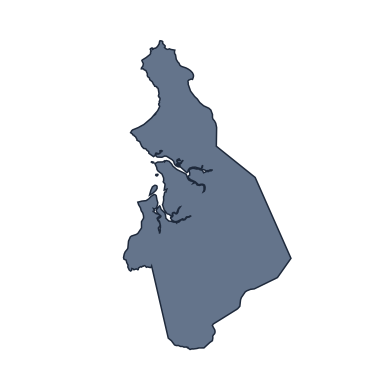 outline of Cogo, Litoral, Equatorial Guinea, rotated 77°
{"feature_id": "11065452B22787327477805", "entity_name": "Cogo", "entity_type": "district", "adm_level": 2, "iso_a3": "GNQ", "parent_name": "Equatorial Guinea", "parent_adm1": "Litoral", "projection": "orthographic", "projection_center": [9.73, 1.167], "detail": "fine", "context": "isolated", "style": "filled", "palette": "slate", "viewbox_px": 384, "rotation_deg": 77, "n_neighbors": 0, "source": "geoboundaries", "source_scale": "gbopen_adm2", "svg_char_len": 6088}
<svg xmlns="http://www.w3.org/2000/svg" viewBox="0 0 384 384"><g transform="rotate(77 192 192)"><path d="M278.9,110.5L192.0,127.2L152.9,158.0L134.7,153.5L130.4,153.4L127.8,154.1L125.7,155.2L124.0,155.3L121.1,154.6L116.4,155.2L114.2,156.7L110.6,161.3L106.6,164.3L102.6,165.9L99.5,168.0L93.4,170.7L86.1,171.5L84.9,171.1L83.4,171.1L82.8,170.8L82.2,169.9L81.8,167.4L82.4,166.2L80.6,165.0L79.3,164.4L77.9,164.3L75.8,164.8L73.4,166.2L71.4,168.0L69.7,170.0L67.2,174.1L65.7,175.3L63.5,175.7L62.1,176.6L59.2,177.5L54.7,177.2L53.1,177.8L51.3,177.5L49.9,176.8L48.3,180.6L47.4,181.8L47.6,183.3L47.3,184.4L46.0,185.7L45.1,186.1L45.1,185.8L43.6,185.3L40.7,187.1L38.9,186.7L38.1,187.4L37.4,189.1L37.8,189.6L40.3,190.7L42.5,192.9L43.7,195.2L43.5,196.9L44.1,197.7L44.2,198.3L42.7,198.4L42.6,198.7L43.0,200.1L43.4,200.6L45.6,200.2L46.2,200.9L47.5,201.1L48.6,202.0L50.8,206.7L52.2,210.9L52.7,211.3L56.1,210.5L58.3,211.6L59.8,213.4L60.6,213.7L61.1,211.6L62.2,211.1L63.3,209.6L66.6,208.9L68.7,209.4L69.8,209.1L71.2,207.9L73.1,207.9L75.7,205.9L78.7,205.2L79.6,204.6L80.5,204.6L81.4,202.8L82.5,202.6L83.4,201.7L88.7,202.0L90.9,203.2L91.7,202.7L92.5,202.8L93.3,202.1L94.0,202.2L95.1,202.6L96.4,203.6L97.4,203.5L98.7,204.7L99.7,204.8L100.4,204.3L101.5,204.3L105.0,207.1L106.8,209.4L107.8,209.8L108.3,210.7L107.6,210.6L110.8,214.9L115.4,223.7L117.2,230.2L118.1,235.8L118.6,236.8L120.4,238.5L122.0,237.0L122.9,236.9L123.7,235.8L124.3,235.7L125.5,234.6L128.3,233.8L129.2,234.0L131.2,231.6L136.1,230.7L138.2,229.6L138.9,229.0L139.3,227.6L139.9,227.1L141.2,226.6L142.9,225.1L144.6,225.3L148.9,221.5L148.1,219.8L146.1,218.7L146.0,218.1L147.2,215.8L147.0,214.9L146.4,214.2L144.7,214.1L144.6,212.8L144.9,212.2L145.3,211.8L145.8,212.4L144.8,213.0L144.9,213.7L146.7,213.9L147.3,215.2L147.5,216.6L146.6,218.6L148.7,219.0L149.5,218.6L150.2,217.8L151.4,213.5L150.8,210.5L151.5,208.7L156.1,204.1L157.9,203.0L160.7,202.8L162.6,201.9L164.3,199.9L164.7,198.7L162.5,198.6L161.2,197.9L162.9,199.7L162.9,200.3L162.3,200.9L161.2,200.7L160.9,199.3L158.4,199.9L157.3,199.2L157.0,198.2L158.1,197.5L158.3,196.8L157.0,197.4L156.2,197.3L158.5,196.5L158.4,197.8L157.4,198.7L157.7,199.3L158.8,199.6L161.0,198.9L161.4,200.6L162.4,200.5L162.5,200.2L160.8,198.3L161.2,196.8L159.5,194.5L159.1,193.3L160.3,195.1L161.5,196.0L161.9,197.3L162.8,197.8L164.8,197.8L172.0,192.7L171.5,191.7L169.4,190.4L168.2,188.7L168.0,185.9L168.5,183.2L171.4,178.0L171.0,177.4L168.9,176.2L168.3,175.5L170.2,176.3L171.8,177.8L172.6,177.0L172.8,175.5L174.8,173.1L174.6,172.4L174.9,170.9L174.5,169.2L174.9,168.8L174.9,166.9L175.7,168.6L175.3,170.3L175.8,171.3L175.3,173.3L175.9,176.3L173.3,177.1L171.9,179.5L171.0,180.4L170.7,182.3L169.4,184.9L169.1,186.2L169.2,188.2L169.8,189.7L171.3,190.1L172.9,189.9L175.1,190.5L175.8,192.5L177.9,192.0L179.7,190.5L182.8,186.5L186.5,183.9L186.4,181.6L186.8,179.8L188.0,178.3L190.2,178.1L192.4,178.8L194.0,179.8L194.4,181.0L192.7,179.8L189.4,179.1L188.4,179.2L187.2,180.6L187.3,183.2L186.4,185.4L184.2,186.2L183.6,186.9L183.9,189.0L183.0,187.9L182.4,187.9L180.9,190.9L179.6,192.4L177.8,193.1L173.6,193.7L172.2,194.9L166.7,201.7L162.4,204.9L160.2,205.5L157.0,207.4L155.6,209.8L155.6,210.5L156.4,211.8L155.5,211.8L156.1,213.7L155.1,218.7L155.7,220.9L156.4,221.7L160.0,220.9L162.3,221.0L163.9,220.4L167.8,217.2L171.9,216.5L174.4,217.0L175.6,217.8L178.0,216.6L179.0,216.7L183.9,218.7L183.6,215.9L185.3,217.1L186.0,217.2L186.0,218.6L187.3,219.3L189.2,220.0L190.1,220.8L193.5,221.4L196.8,222.9L197.6,223.6L203.0,223.1L207.7,221.1L208.7,219.2L210.6,217.9L210.9,217.3L210.6,216.6L208.2,215.9L207.8,215.1L207.9,213.8L209.3,212.6L209.2,211.8L205.5,209.3L204.0,207.6L203.9,206.8L205.9,209.0L208.3,210.1L209.6,211.3L209.8,212.4L208.2,214.0L208.2,215.2L208.9,215.9L210.6,215.8L211.3,216.3L211.9,217.1L212.0,218.5L212.8,218.7L215.0,217.8L216.7,215.9L217.2,214.7L217.3,212.8L216.0,207.2L216.9,206.1L217.1,205.3L215.0,203.0L215.4,200.4L215.0,199.7L215.0,198.1L215.8,200.4L215.6,202.7L217.4,205.1L217.4,206.9L216.8,207.8L216.8,209.0L218.4,211.7L218.0,213.3L218.9,213.9L217.7,214.7L217.3,216.6L215.9,218.8L215.0,221.2L211.8,223.3L208.1,223.0L206.2,223.2L202.0,226.0L198.6,226.4L198.2,226.8L201.3,230.7L201.9,231.0L203.9,230.7L208.5,227.7L209.4,228.3L210.0,229.4L209.9,230.8L210.2,231.4L211.5,231.2L213.2,230.3L217.5,230.3L219.7,230.8L220.7,231.4L222.3,231.5L223.8,232.1L225.2,233.1L223.5,232.6L221.9,233.0L219.5,232.9L218.0,231.1L216.8,230.4L214.1,230.6L212.0,231.7L209.7,231.9L208.8,230.4L208.4,228.8L208.0,228.4L207.0,229.0L205.7,230.3L205.0,231.9L202.5,233.8L202.0,234.9L202.1,233.6L201.5,232.8L199.4,233.3L200.1,232.1L199.5,230.3L197.1,228.7L194.7,227.7L191.8,227.9L187.4,227.7L186.3,228.6L185.9,229.4L187.0,232.8L189.0,235.7L190.1,238.7L189.6,242.8L189.7,247.1L192.3,246.9L195.8,245.8L198.8,245.7L201.4,244.7L204.1,244.6L206.5,245.0L209.6,247.9L215.7,249.3L220.1,254.0L220.8,255.7L221.3,260.9L222.0,262.3L225.5,264.9L232.2,267.1L233.2,267.9L235.2,270.5L237.2,272.0L240.6,273.5L242.2,273.4L243.6,271.5L246.0,271.5L248.8,270.8L250.7,271.4L253.9,270.7L255.2,269.6L254.8,268.5L253.0,267.8L253.7,266.7L254.7,266.1L254.4,263.6L255.6,262.2L255.4,261.8L254.0,261.2L253.2,258.6L253.8,258.0L253.2,256.8L253.4,256.2L253.0,255.1L253.7,254.1L255.1,253.4L255.0,252.1L256.3,249.6L256.0,248.6L255.1,248.0L329.1,248.0L332.3,245.5L336.9,243.5L337.4,243.0L338.1,241.8L338.5,239.7L339.9,238.0L340.4,235.9L341.3,234.8L341.9,231.9L342.5,231.7L342.6,230.9L343.5,230.9L343.7,230.4L345.0,229.3L344.8,227.1L345.2,226.5L345.6,222.4L345.5,220.3L346.6,215.4L342.6,208.4L341.5,205.6L338.9,204.5L337.3,204.3L336.1,203.3L335.1,201.8L333.6,201.0L331.7,200.8L326.7,202.2L325.4,201.0L316.1,173.9L314.1,171.1L307.9,168.9L305.9,167.6L301.3,162.6L300.6,160.7L300.0,156.8L300.4,153.1L294.6,128.0L278.9,110.5ZM185.5,234.1L184.5,230.7L182.4,226.9L180.6,225.2L178.8,224.8L178.0,225.0L177.3,226.0L177.1,227.0L178.1,229.4L181.1,231.7L185.5,234.1ZM167.9,223.4L168.5,222.6L167.9,221.5L167.3,221.2L167.0,221.4L166.8,223.2L167.4,223.6L167.9,223.4ZM153.7,224.9L154.8,223.9L155.1,222.5L154.4,222.6L153.7,223.8L153.4,224.6L153.7,224.9Z" fill="#64748b" stroke="#1e293b" stroke-width="1.5"/></g></svg>